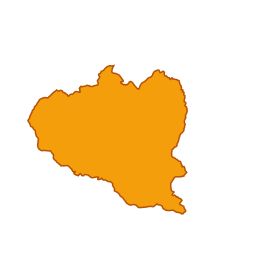 outline of Mweka, Kasaï-Occidental, Democratic Republic of the Congo, rotated 210°
{"feature_id": "63176286B85649689551019", "entity_name": "Mweka", "entity_type": "district", "adm_level": 2, "iso_a3": "COD", "parent_name": "Democratic Republic of the Congo", "parent_adm1": "Kasaï-Occidental", "projection": "orthographic", "projection_center": [21.572, -4.65], "detail": "fine", "context": "isolated", "style": "filled", "palette": "amber", "viewbox_px": 256, "rotation_deg": 210, "n_neighbors": 0, "source": "geoboundaries", "source_scale": "gbopen_adm2", "svg_char_len": 5774}
<svg xmlns="http://www.w3.org/2000/svg" viewBox="0 0 256 256"><g transform="rotate(210 128 128)"><path d="M38.7,80.4L38.5,80.7L37.4,81.3L37.3,81.7L37.3,83.1L36.5,84.1L36.4,84.5L36.8,85.0L36.8,85.4L39.2,86.6L40.5,88.0L44.8,87.8L45.3,87.9L45.5,88.6L45.0,92.2L46.1,92.8L46.7,92.9L47.1,92.8L47.5,93.0L48.8,92.7L49.6,92.7L50.6,93.2L51.4,92.5L51.8,92.6L52.2,92.9L52.9,92.9L53.2,93.1L54.2,93.2L54.6,92.4L54.9,92.2L56.1,92.0L56.3,92.2L56.5,93.7L56.1,95.0L56.1,95.5L56.5,95.6L58.0,95.4L59.2,95.5L59.7,96.0L60.7,97.5L61.6,98.5L63.1,101.0L63.3,101.8L63.0,108.2L62.7,109.2L59.6,111.2L58.7,111.5L58.2,112.2L56.8,112.9L56.5,113.8L55.6,114.2L55.8,114.8L55.3,117.5L54.9,118.8L55.9,119.4L56.9,119.6L57.3,119.8L57.6,120.3L58.0,120.6L59.5,122.3L60.1,122.6L60.5,122.5L61.0,121.9L61.5,122.0L61.8,121.5L62.0,121.6L62.0,122.2L62.1,122.4L63.7,123.3L65.6,125.0L66.3,125.2L66.9,124.8L67.7,124.7L68.8,124.8L69.4,125.3L70.3,125.0L71.4,125.1L72.4,125.4L73.1,125.1L73.8,125.3L74.1,125.1L74.8,125.0L76.3,125.8L76.7,126.2L77.0,127.3L77.4,127.5L77.9,128.1L78.2,129.6L79.0,130.7L79.0,131.5L78.4,132.6L78.0,134.8L77.2,135.7L76.9,136.4L76.8,137.2L77.5,138.5L77.6,139.2L77.5,140.2L77.8,140.9L77.9,142.5L78.4,144.0L79.0,145.2L78.9,146.4L79.4,147.4L79.4,149.4L78.7,151.1L78.3,153.6L78.8,154.7L79.2,155.0L79.3,156.7L80.1,158.4L80.2,159.6L80.7,160.2L82.0,161.0L83.1,163.3L83.0,165.8L84.0,166.5L84.2,166.8L84.2,167.6L84.7,168.8L84.8,169.5L84.6,170.2L85.3,172.5L86.0,173.2L86.5,174.2L87.1,174.4L87.9,175.5L89.4,175.6L89.7,175.7L90.0,176.3L90.0,177.9L90.8,178.9L91.2,179.0L92.1,178.8L92.6,178.9L92.8,179.5L93.3,180.3L93.8,182.7L94.4,183.1L94.7,184.2L95.0,184.5L95.9,184.5L96.3,184.6L96.6,185.1L96.8,186.0L97.5,186.9L98.8,186.5L98.6,187.1L99.4,188.3L99.8,188.4L101.1,187.7L101.7,189.5L102.4,189.9L102.8,190.9L104.7,191.7L107.5,194.6L108.5,194.1L109.0,194.1L109.6,194.4L110.3,194.2L111.1,193.8L111.8,193.7L112.4,193.3L112.9,193.3L113.5,192.8L114.1,192.9L114.5,193.5L115.0,193.4L115.3,192.8L115.6,191.3L116.1,191.3L116.7,191.8L117.3,192.1L117.8,192.0L118.7,191.6L119.4,191.9L120.8,192.2L121.5,191.5L121.8,191.5L123.5,192.7L123.8,193.1L124.2,194.3L124.9,194.7L126.1,194.7L126.4,194.3L127.0,192.8L127.8,191.9L128.1,192.0L129.3,193.1L130.0,193.5L130.6,193.4L131.0,193.2L132.1,192.0L132.1,191.5L133.1,190.8L133.4,190.1L133.6,187.6L133.2,186.3L133.4,184.0L135.2,181.9L135.8,180.2L135.7,179.8L137.0,176.2L138.4,174.1L138.6,173.0L138.7,170.9L138.2,168.2L138.4,166.9L139.6,166.8L140.1,166.9L144.5,168.4L145.0,168.8L147.0,169.5L147.8,169.7L149.1,169.6L149.9,168.5L149.7,167.6L150.0,167.0L150.1,165.8L150.4,165.3L150.9,164.9L151.3,164.1L152.7,164.0L153.5,163.2L153.9,163.1L154.8,163.4L156.6,163.3L157.1,163.8L157.1,164.5L156.9,164.9L155.8,165.3L155.5,165.7L155.5,166.2L155.9,166.7L159.4,168.3L161.6,169.2L162.3,169.4L165.0,169.2L166.9,168.8L168.1,168.1L168.5,168.1L170.0,168.4L170.8,170.0L171.3,171.8L171.5,174.9L172.6,173.9L175.1,172.7L176.9,170.3L177.6,168.1L178.0,165.7L178.3,165.0L179.2,164.1L179.5,163.6L179.4,162.6L179.1,161.8L180.1,160.6L180.3,159.6L179.4,158.8L178.1,158.1L177.8,156.4L178.2,153.8L177.4,152.8L176.3,152.2L175.7,150.4L176.3,149.5L176.7,149.4L177.4,148.5L178.8,147.3L179.3,146.4L179.8,146.0L181.1,145.3L181.9,145.1L182.5,145.4L183.0,145.0L184.6,144.6L185.1,144.2L185.7,143.1L186.5,142.6L187.5,141.5L187.9,141.1L189.5,140.7L189.5,139.5L190.0,139.0L189.7,138.6L189.9,138.2L189.8,137.7L189.1,137.6L188.5,136.2L187.7,135.9L187.5,134.9L187.7,134.6L189.0,134.5L190.2,133.9L190.9,133.8L191.9,133.1L192.4,131.2L192.5,130.1L192.7,129.7L194.0,129.0L194.9,127.9L195.3,126.2L195.6,125.7L196.8,126.1L197.3,126.6L198.7,126.4L199.7,126.9L200.7,126.6L201.1,126.8L201.8,126.4L202.2,126.4L202.7,126.8L202.9,126.8L203.2,127.2L203.6,127.3L205.1,127.0L205.4,126.8L206.1,125.6L206.3,125.4L207.8,125.1L208.8,125.2L209.5,123.2L210.6,121.0L210.4,120.3L210.9,119.6L211.0,118.6L211.4,117.8L211.6,116.3L212.0,116.0L212.4,114.3L213.2,113.6L214.0,113.2L214.9,113.1L217.2,110.9L218.9,108.1L218.6,106.6L219.0,104.9L218.8,102.3L219.6,99.3L218.8,97.7L219.4,96.3L219.5,94.8L219.0,93.6L219.2,92.5L218.9,91.8L219.0,91.3L218.9,90.8L218.9,89.4L218.2,87.2L218.5,84.6L217.4,83.6L216.5,83.4L215.4,82.8L213.0,80.7L211.1,81.0L209.1,79.7L207.6,79.6L206.9,79.3L205.4,77.1L204.8,76.7L203.9,75.6L203.2,75.1L200.8,74.2L199.8,73.2L199.1,71.1L198.5,70.3L198.2,68.9L197.4,67.6L196.3,66.3L194.4,65.2L191.9,65.1L191.1,65.4L189.5,66.6L188.3,67.0L187.5,67.6L185.3,68.4L184.2,69.2L183.8,69.3L183.2,69.2L181.2,68.2L179.5,67.8L178.9,67.1L177.7,64.7L177.0,64.2L176.0,63.8L173.7,63.4L172.8,62.9L171.0,62.6L170.2,62.3L168.6,62.4L167.7,61.7L167.1,61.7L161.4,65.3L160.4,65.3L158.5,64.6L156.3,64.3L155.9,63.7L155.0,63.5L154.3,62.8L153.5,62.8L152.2,63.8L151.9,63.8L151.7,63.6L152.3,62.2L152.0,61.5L151.4,61.3L149.0,61.4L147.1,61.9L147.0,62.3L147.1,63.1L146.7,64.4L146.3,64.7L145.7,64.5L144.5,63.8L143.6,63.9L142.6,64.5L142.5,65.7L141.9,66.2L139.4,67.2L138.7,67.3L137.8,67.2L137.2,66.9L136.4,66.9L135.9,66.7L135.2,66.7L133.8,67.2L131.1,69.6L130.4,70.1L129.5,70.2L129.1,70.6L128.8,70.5L128.8,68.8L128.5,68.4L127.9,68.4L126.0,70.2L125.7,70.7L125.6,71.4L125.3,71.4L124.2,70.7L123.4,70.7L122.9,70.8L122.4,71.3L121.7,71.7L119.2,71.6L118.3,71.7L116.7,72.6L115.2,72.7L113.7,72.2L113.3,71.8L112.7,70.7L111.9,70.1L109.5,68.8L109.0,68.2L108.6,67.0L108.3,66.7L105.1,67.0L102.3,66.3L100.7,65.2L98.8,65.1L97.3,64.8L94.3,63.4L93.0,63.0L91.6,62.2L88.1,62.2L87.4,62.4L85.1,64.4L83.3,65.1L82.6,65.3L81.4,64.9L80.6,64.9L79.9,64.5L78.8,64.5L75.5,66.6L74.4,67.6L73.0,68.3L71.9,69.6L71.2,69.9L70.0,71.0L69.2,71.3L68.5,71.9L67.3,72.2L66.6,72.6L65.4,75.4L65.2,76.6L64.7,76.8L63.5,76.5L61.4,77.5L59.3,77.3L57.4,75.8L54.4,75.7L53.0,76.1L50.6,77.3L48.6,79.0L47.5,79.4L46.8,79.3L46.2,79.5L45.2,79.2L43.4,79.5L42.6,79.9L39.9,80.7L38.7,80.4Z" fill="#f59e0b" stroke="#b45309" stroke-width="1.5"/></g></svg>